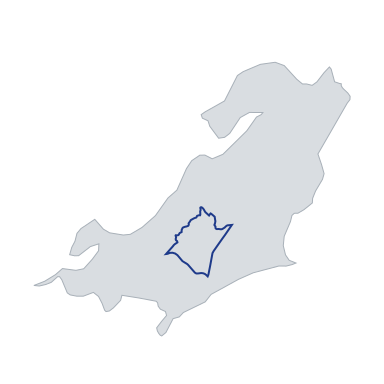 Costa Rica, with Cartago highlighted, rotated 100°
{"feature_id": "CRI-1327", "entity_name": "Cartago", "entity_type": "Province", "adm_level": 1, "iso_a3": "CRI", "parent_name": "Costa Rica", "parent_adm1": "", "projection": "albers", "projection_center": [-83.788, 9.802], "detail": "fine", "context": "in_parent", "style": "outline", "palette": "blue", "viewbox_px": 384, "rotation_deg": 100, "n_neighbors": 0, "source": "natural_earth", "source_scale": "10m", "svg_char_len": 3501}
<svg xmlns="http://www.w3.org/2000/svg" viewBox="0 0 384 384"><g transform="rotate(100 192 192)"><path d="M339.0,196.8L338.5,198.5L337.0,200.2L334.8,202.0L331.9,203.2L324.9,199.6L318.0,195.6L314.3,197.4L312.9,202.8L310.3,205.5L307.1,206.6L305.8,208.3L305.6,226.2L305.9,243.1L311.1,243.5L319.8,249.3L323.5,252.7L324.7,255.9L323.6,257.5L317.3,261.2L311.1,265.9L308.0,271.7L313.5,281.0L314.6,287.4L314.5,294.1L313.0,297.3L301.0,305.0L298.4,307.7L298.7,309.6L305.4,314.9L308.5,320.0L311.1,326.1L311.5,331.5L305.5,321.6L297.1,312.1L289.9,306.3L289.3,292.7L286.4,285.3L275.5,278.5L266.1,273.8L259.2,274.7L263.4,282.6L274.4,292.6L275.2,296.4L275.0,301.6L267.4,300.8L260.8,298.7L252.7,298.1L247.3,295.0L235.8,283.0L244.0,272.8L246.5,266.1L246.3,252.2L244.4,245.4L235.6,235.1L221.6,223.9L202.0,214.6L192.8,207.2L169.9,201.5L161.2,197.7L154.4,190.7L153.4,185.7L155.8,177.9L149.5,168.1L122.3,148.7L107.0,141.5L103.8,137.3L101.4,136.0L103.7,149.3L110.3,157.4L127.7,165.0L132.5,169.4L134.4,175.1L124.2,185.9L119.1,188.6L117.5,194.6L114.2,196.4L110.7,192.9L96.7,175.8L69.4,167.5L64.5,162.4L54.4,146.8L49.8,132.6L51.5,123.1L62.8,108.4L66.4,102.0L65.7,98.0L66.1,92.2L61.9,88.1L51.6,82.7L45.0,78.4L46.8,76.3L58.7,70.7L59.5,65.5L59.5,63.8L61.4,63.5L63.1,62.1L64.2,60.7L67.5,55.7L70.3,52.9L73.6,52.5L77.6,54.6L92.5,60.0L109.1,66.0L132.7,74.6L142.5,69.2L151.0,65.1L156.9,65.7L169.6,70.5L177.2,72.1L181.9,71.6L190.0,78.7L194.5,84.0L195.2,87.6L197.7,89.5L204.0,89.9L219.6,93.5L229.0,92.8L237.7,89.0L242.4,84.4L243.9,77.3L246.1,80.8L248.6,86.4L249.8,93.6L260.9,117.6L269.9,131.0L289.5,155.4L297.9,159.9L312.2,179.6L317.2,182.8L320.0,188.6L334.9,193.3L339.0,196.8Z" fill="#d9dde1" stroke="#a8b0b8" stroke-width="1"/><path d="M220.1,164.2L220.5,164.2L220.8,164.1L221.9,162.9L222.9,162.7L223.4,162.6L223.8,162.3L224.0,161.9L224.2,161.2L223.8,159.2L223.7,156.9L223.4,156.1L223.1,155.6L221.3,153.6L221.2,153.5L220.8,153.3L220.0,152.7L219.2,152.0L218.9,151.6L218.7,151.3L217.5,147.0L228.5,152.0L232.4,153.9L237.7,156.4L246.3,160.4L248.6,161.2L261.3,161.3L270.6,161.5L272.4,161.9L272.2,162.2L271.1,163.8L270.4,165.3L270.1,166.9L270.2,168.8L271.2,172.0L271.5,173.6L270.9,175.2L267.1,179.9L264.5,183.1L263.8,184.2L261.8,189.3L256.7,195.4L255.5,197.9L255.2,200.7L255.4,201.5L255.6,202.6L256.1,203.8L256.3,204.1L256.6,204.4L256.7,204.6L257.3,205.8L257.6,206.8L248.3,201.1L248.1,201.1L247.3,200.6L246.5,200.0L244.2,197.6L243.2,198.0L242.8,198.4L242.4,199.2L242.3,199.3L242.1,199.5L241.9,199.6L241.5,199.8L241.3,199.8L241.0,199.9L240.7,199.9L239.7,199.8L239.4,199.8L239.0,200.0L237.8,200.6L237.6,200.6L237.4,200.5L237.3,199.3L237.0,198.3L236.9,198.1L236.7,197.9L236.3,197.6L234.9,197.2L234.5,196.9L234.3,196.7L233.3,195.3L231.6,195.5L231.2,195.6L229.2,195.1L228.7,194.8L228.4,194.5L228.0,193.8L227.6,193.1L227.4,192.7L226.8,191.2L226.1,190.1L226.0,189.9L225.7,189.7L225.3,189.6L224.6,189.5L224.3,189.6L224.0,189.7L223.8,189.8L223.6,189.9L223.2,189.8L221.4,188.9L220.3,188.5L220.0,188.4L219.6,188.0L217.6,185.5L216.8,184.2L216.7,183.8L216.3,183.3L214.6,182.8L214.0,181.7L213.8,181.3L213.6,180.8L213.5,180.0L212.7,179.9L209.5,180.6L209.0,180.5L208.4,180.4L208.2,180.4L207.5,180.6L206.4,181.0L206.2,181.1L205.9,181.0L205.7,180.9L205.5,180.6L205.4,180.3L205.4,180.0L205.5,179.6L205.8,179.1L206.4,178.1L207.9,176.7L209.0,175.9L209.6,175.2L212.2,171.1L210.4,170.3L210.1,170.1L209.9,170.0L210.1,169.3L212.4,165.4L216.5,164.0L216.6,163.9L218.9,163.9L219.7,164.0L219.9,164.2L220.1,164.2Z" fill="none" stroke="#1e3a8a" stroke-width="2"/></g></svg>